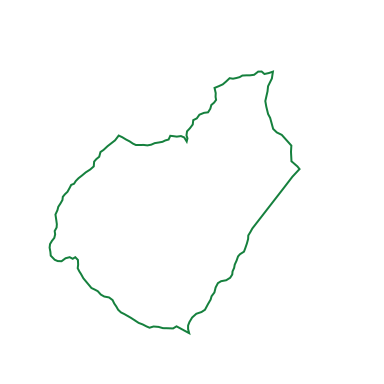 the district of Brejo do Cruz, Paraíba, Brazil, rotated 313°
{"feature_id": "56859067B33912375522561", "entity_name": "Brejo do Cruz", "entity_type": "district", "adm_level": 2, "iso_a3": "BRA", "parent_name": "Brazil", "parent_adm1": "Paraíba", "projection": "orthographic", "projection_center": [-37.497, -6.33], "detail": "fine", "context": "isolated", "style": "outline", "palette": "green", "viewbox_px": 384, "rotation_deg": 313, "n_neighbors": 0, "source": "geoboundaries", "source_scale": "gbopen_adm2", "svg_char_len": 2188}
<svg xmlns="http://www.w3.org/2000/svg" viewBox="0 0 384 384"><g transform="rotate(313 192 192)"><path d="M335.2,169.1L331.3,167.0L327.7,164.5L327.6,160.8L325.2,158.3L320.1,157.5L316.7,154.7L314.1,151.9L311.5,149.4L308.5,148.5L305.6,146.7L302.8,144.7L300.9,141.9L296.1,141.6L291.7,141.1L287.4,139.3L283.5,137.5L280.5,141.9L277.6,144.4L275.8,146.8L272.5,147.2L268.8,146.8L265.4,148.6L261.2,149.4L258.1,146.8L253.6,144.7L249.1,145.3L245.4,143.9L241.9,146.5L237.2,147.0L233.0,147.0L229.7,149.3L228.1,152.1L225.3,153.7L226.6,149.1L225.4,145.8L222.1,143.1L220.2,140.4L218.3,137.8L214.4,139.1L211.5,137.3L208.6,136.2L205.5,133.9L202.3,131.4L198.8,129.9L195.7,127.6L193.4,124.5L190.6,121.6L188.1,118.9L187.1,115.8L186.5,111.9L185.4,108.0L184.5,103.6L183.3,99.9L177.3,100.5L168.0,99.0L162.4,98.6L158.8,97.8L154.5,100.1L150.8,99.6L147.5,99.7L143.7,102.7L139.0,102.2L133.9,100.9L129.1,100.3L124.7,99.6L120.8,99.5L117.6,100.1L114.8,98.8L111.2,99.8L107.2,100.8L103.7,100.6L100.4,100.8L97.8,102.7L94.0,103.6L90.0,104.3L86.9,106.0L82.4,107.5L79.3,111.4L76.3,115.1L73.7,117.2L69.8,118.2L67.7,120.8L64.5,122.6L60.7,122.9L57.1,123.7L54.2,125.8L51.6,129.3L49.1,132.1L48.8,137.8L49.9,140.9L52.4,143.8L57.3,144.7L60.9,147.0L61.8,150.3L64.7,151.1L64.5,154.9L61.2,158.3L58.3,160.4L57.1,163.7L56.3,166.8L54.8,171.4L53.2,183.9L54.3,187.4L55.2,190.7L54.8,195.3L55.7,199.1L58.3,203.2L58.8,207.6L57.4,211.2L56.6,214.8L55.5,218.3L55.5,222.2L56.5,225.5L58.3,233.1L59.9,242.3L61.5,246.2L62.7,250.5L63.8,253.5L67.4,255.6L70.5,259.5L72.6,263.6L75.4,266.7L79.3,271.2L83.2,272.3L86.8,286.2L89.1,282.6L91.7,280.2L95.2,278.8L100.3,277.7L105.9,278.2L110.7,280.8L114.7,281.8L121.1,280.1L126.0,279.0L129.1,277.4L133.8,276.9L138.3,274.4L143.0,273.1L146.6,274.1L150.8,277.2L155.3,278.4L159.1,277.7L161.6,275.8L165.2,274.6L168.0,272.8L172.2,271.4L176.3,269.6L179.2,269.5L183.8,270.7L187.2,269.3L191.7,267.3L195.9,265.1L198.6,262.8L202.5,262.0L206.5,261.0L257.2,256.4L271.7,255.0L282.1,255.0L282.6,251.7L282.3,243.8L288.9,237.0L293.7,233.0L295.0,218.7L293.4,213.4L293.5,208.3L299.5,198.6L300.9,194.5L305.1,188.1L308.5,183.6L317.1,178.6L321.2,175.5L329.5,173.0L335.2,169.1Z" fill="none" stroke="#15803d" stroke-width="2"/></g></svg>